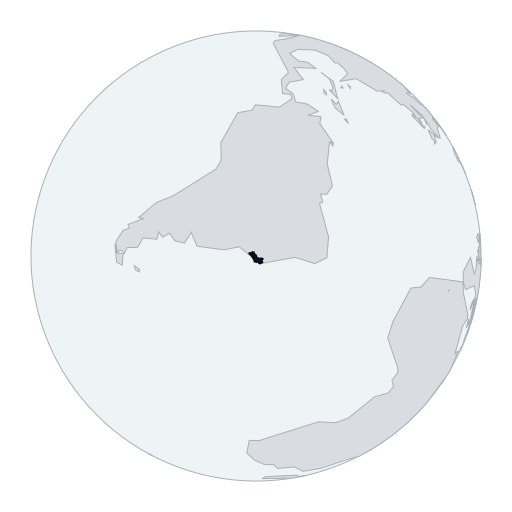 Rio de Janeiro on an orthographic globe, rotated 65°
{"feature_id": "BRA-627", "entity_name": "Rio de Janeiro", "entity_type": "State", "adm_level": 1, "iso_a3": "BRA", "parent_name": "Brazil", "parent_adm1": "", "projection": "orthographic", "projection_center": [-43.333, -22.065], "detail": "fine", "context": "on_globe", "style": "filled", "palette": "ink", "viewbox_px": 512, "rotation_deg": 65, "n_neighbors": 0, "source": "natural_earth", "source_scale": "10m", "svg_char_len": 7460}
<svg xmlns="http://www.w3.org/2000/svg" viewBox="0 0 512 512"><g transform="rotate(65 256 256)"><circle cx="256" cy="256" r="225" fill="#eef3f6" stroke="#a8b0b8"/><path d="M164.3,50.2L163.7,50.5L175.1,47.1L171.6,49.2L171.9,50.7L176.9,48.2L178.5,46.3L188.0,42.8L188.8,41.6L192.7,40.2L196.3,38.8L203.1,37.2L207.8,36.6L205.2,37.9L207.1,37.9L215.6,35.5L216.5,37.7L227.0,39.2L226.4,40.4L214.6,43.7L199.5,45.7L184.2,52.5L201.6,46.5L199.8,50.6L202.6,50.9L207.1,50.1L210.6,48.2L211.6,49.6L194.7,55.3L193.6,54.1L199.0,52.1L191.9,53.4L180.5,58.5L180.5,60.7L163.4,67.9L163.2,69.9L159.3,73.0L160.8,69.2L157.8,76.5L137.7,90.2L133.2,106.0L129.5,95.9L123.3,97.0L115.3,100.5L114.3,103.0L105.0,105.8L94.1,115.9L86.4,130.9L86.7,139.9L97.4,135.0L102.3,127.2L111.2,122.4L101.2,141.9L116.1,138.5L112.5,152.6L116.4,158.3L124.7,153.8L133.1,154.9L140.2,145.1L151.3,138.4L150.3,149.5L157.4,138.0L162.9,142.3L185.6,138.3L183.6,141.1L202.5,152.5L224.8,157.1L230.0,165.7L227.1,171.3L235.2,172.6L235.4,176.3L269.2,182.1L287.6,192.5L287.8,205.9L273.8,221.0L264.7,255.6L240.6,267.3L236.9,282.3L222.2,305.3L207.3,304.7L214.1,315.5L207.9,323.1L198.9,324.6L199.5,332.8L193.0,333.9L198.9,338.7L191.9,350.9L198.1,359.4L193.9,369.4L198.2,374.4L195.3,374.7L193.2,377.2L194.3,380.3L183.7,377.0L176.6,365.5L177.3,358.9L173.3,358.7L174.4,342.3L171.5,346.1L165.5,323.8L166.4,304.9L160.3,255.5L154.6,247.1L138.3,239.9L118.4,211.9L122.3,197.7L118.6,192.8L131.0,171.8L128.6,157.1L124.5,156.1L119.8,163.2L106.6,158.4L103.3,148.9L70.4,150.5L68.7,147.6L71.4,139.4L74.5,123.1L66.7,142.3L65.2,140.9L66.6,135.4L69.1,131.8L74.5,122.6L74.6,122.4L84.9,109.4L96.2,97.2L108.4,85.8L121.3,75.4L135.0,66.0L149.3,57.6L164.3,50.2ZM130.5,112.1L147.7,115.5L136.2,119.4L138.7,117.2L134.7,115.0L126.7,114.5L117.1,119.5L130.5,112.1ZM141.9,100.2L138.8,100.5L142.1,99.5L141.9,100.2ZM192.3,39.9L194.3,39.4L192.6,39.9L192.3,39.9ZM189.2,40.9L188.7,41.0L189.2,40.9ZM202.6,384.9L185.2,378.7L194.4,381.1L197.6,375.5L207.8,381.0L202.6,384.9ZM213.3,370.4L218.9,367.2L221.1,368.5L217.8,371.1L213.3,370.4ZM428.2,110.7L426.8,109.2L418.9,100.4L419.0,100.5L428.2,110.7ZM415.9,97.3L413.0,94.8L420.6,102.7L421.4,104.2L408.8,91.5L405.7,88.3L387.1,73.9L390.0,76.7L407.7,90.8L404.8,88.6L408.9,93.6L403.4,88.1L383.3,72.9L375.2,70.8L375.0,80.2L368.2,79.4L357.9,74.9L348.0,62.2L364.3,65.7L361.0,62.2L349.1,55.6L355.1,57.5L352.2,55.6L357.5,57.2L356.6,55.1L360.7,56.8L353.1,52.7L357.0,54.6L358.0,55.1L363.5,58.0L365.3,59.0L378.9,67.2L391.9,76.4L404.3,86.4L415.9,97.3ZM449.9,141.3L450.6,142.6L445.4,134.0L461.8,164.4L466.8,176.6L471.1,189.0L476.1,207.9L479.4,227.2L481.1,246.7L478.6,262.1L476.0,286.0L471.0,304.6L463.4,310.3L457.7,326.3L452.8,328.1L448.3,336.7L440.8,343.3L430.6,347.6L420.2,340.0L424.6,331.3L427.1,311.8L432.7,269.4L440.7,254.4L441.9,241.0L433.8,208.1L436.0,194.1L432.5,186.5L426.1,185.4L421.5,176.5L417.2,174.8L386.0,171.3L373.3,159.5L350.5,129.2L353.8,119.6L348.8,107.8L367.0,79.4L377.2,83.7L398.7,88.7L402.5,91.3L406.8,98.2L428.5,116.9L427.4,112.6L440.2,126.7L443.4,130.9L449.9,141.3ZM368.2,94.3L369.5,97.4L368.2,94.3ZM186.3,138.1L188.9,139.9L185.2,140.5L186.3,138.1ZM133.8,124.1L137.8,123.2L139.7,124.2L136.4,125.6L133.8,124.1ZM169.9,116.2L175.0,116.3L169.3,118.0L169.9,116.2ZM150.6,115.9L165.8,116.7L155.0,121.7L145.5,121.5L152.5,119.0L150.6,115.9ZM138.3,106.2L140.6,106.2L139.3,108.1L138.3,106.2ZM144.3,99.6L143.3,100.0L142.5,98.9L144.3,99.6ZM200.8,50.3L202.2,49.9L206.3,49.5L203.6,50.5L200.8,50.3ZM228.9,44.5L229.9,46.9L227.3,45.6L223.8,47.0L214.2,46.6L225.6,41.0L222.2,43.4L228.9,44.5ZM204.4,45.3L209.3,45.6L203.5,45.5L204.4,45.3ZM331.3,45.4L335.8,47.1L337.9,48.6L332.6,48.2L329.6,45.8L331.3,45.4ZM341.8,49.2L329.1,43.6L331.9,44.1L332.5,44.7L335.6,45.6L337.4,46.8L352.5,53.6L355.2,55.5L344.0,52.7L346.1,52.3L341.5,50.5L341.8,49.2ZM302.7,35.6L298.0,34.8L290.7,33.6L291.8,33.7L286.3,32.8L292.8,33.7L302.7,35.6ZM227.9,32.5L222.5,33.3L218.8,33.8L227.9,32.5ZM218.2,33.9L219.3,34.0L213.2,35.0L214.9,35.1L205.9,36.4L218.2,33.9ZM270.8,31.2L261.7,31.0L256.9,31.7L255.9,32.8L246.6,32.6L241.6,31.8L239.9,31.3L240.8,31.2L270.8,31.2ZM402.8,89.8L404.9,91.1L407.5,92.4L410.1,95.9L402.8,89.8ZM389.1,79.4L390.5,79.7L395.5,84.6L393.2,83.5L389.1,79.4ZM387.1,76.1L390.2,79.4L387.2,76.9L387.1,76.1ZM424.4,107.3L428.8,112.0L425.1,108.3L424.4,107.3ZM393.8,433.9L389.5,437.2L390.8,435.9L393.8,433.9ZM472.9,316.3L460.3,344.6L460.0,340.7L464.4,329.7L472.2,311.2L474.0,310.1L476.1,303.2L472.9,316.3Z" fill="#d9dde1" stroke="#a8b0b8" stroke-width="1"/><path d="M264.7,253.0L264.7,253.3L264.5,253.6L264.4,253.7L264.3,253.9L264.3,254.1L264.5,254.3L264.4,254.7L264.5,255.1L264.6,255.6L264.6,255.8L264.0,256.2L263.6,256.4L262.8,256.6L262.5,256.7L262.1,256.9L261.8,257.1L261.7,257.2L261.6,257.3L261.4,257.4L261.4,257.5L261.2,257.7L261.2,257.8L260.9,258.0L260.8,258.4L260.9,258.5L261.1,258.8L261.2,258.7L261.3,258.7L261.2,258.8L261.0,259.0L260.9,259.0L260.7,259.3L260.7,259.5L260.8,259.4L260.8,259.5L260.7,259.6L260.2,259.5L259.5,259.4L258.9,259.4L258.6,259.4L258.4,259.5L258.0,259.6L257.7,259.6L257.1,259.6L256.9,259.5L256.7,259.4L256.8,259.4L256.7,259.3L256.7,259.2L256.8,259.1L256.9,258.9L257.1,258.8L257.0,258.7L257.1,258.4L256.9,258.4L256.8,258.5L256.7,258.5L256.4,258.6L256.2,258.7L256.2,258.8L256.3,259.1L256.5,259.1L256.4,259.1L256.6,259.3L256.7,259.5L256.4,259.7L255.6,259.7L255.4,259.8L255.2,259.9L254.1,260.0L253.8,260.0L253.7,260.0L253.6,259.9L253.8,259.8L254.0,259.8L254.5,259.9L254.8,259.8L255.0,259.7L254.9,259.7L254.7,259.6L254.5,259.4L254.3,259.4L254.2,259.3L253.9,259.3L253.7,259.4L253.5,259.6L253.4,259.6L253.4,259.4L253.3,259.6L253.2,259.8L252.9,259.9L252.7,259.9L252.7,259.7L252.4,259.7L252.5,259.6L252.4,259.5L252.4,259.4L252.2,259.5L252.1,259.4L252.1,259.5L251.9,259.7L251.8,259.8L251.7,259.8L251.4,259.9L251.2,259.9L251.1,260.1L251.0,260.4L251.0,260.5L251.3,260.4L251.3,260.5L251.2,260.6L251.3,260.6L251.2,260.7L251.2,260.8L251.4,260.7L251.5,260.6L251.7,260.8L251.8,260.9L251.7,260.8L251.6,261.0L251.4,261.1L251.2,261.0L250.8,261.0L250.8,260.9L250.7,260.9L250.5,260.6L250.5,260.4L250.7,260.2L250.7,259.8L250.7,259.7L250.8,259.6L251.0,259.4L251.4,259.3L251.5,259.2L251.9,259.1L252.0,259.2L252.5,259.0L252.6,258.9L252.7,258.7L252.8,258.6L253.0,258.5L253.0,258.4L252.9,258.2L252.7,258.1L252.3,258.1L252.2,258.1L251.8,258.2L251.7,258.2L251.4,258.2L251.2,258.0L251.2,257.9L251.0,257.7L250.9,257.5L250.7,257.4L250.8,257.2L251.0,257.2L251.3,257.1L251.5,257.0L252.0,256.8L252.0,256.7L252.1,256.8L252.5,256.7L252.6,256.8L253.1,256.6L253.2,256.4L253.3,256.4L253.8,256.2L254.0,256.2L254.4,256.0L254.5,256.0L254.8,256.0L255.0,256.0L255.1,255.9L255.1,256.0L255.4,256.0L255.5,256.0L255.9,255.8L256.0,255.8L256.3,255.8L256.6,255.8L256.7,256.0L256.8,256.1L257.0,256.0L257.1,255.8L257.4,255.8L257.5,255.7L258.1,255.4L258.4,255.2L258.8,255.1L259.2,254.9L259.4,254.8L259.5,254.7L259.8,254.7L259.9,254.4L259.7,254.4L259.5,254.2L259.8,253.7L259.8,253.4L260.1,253.2L260.1,252.9L260.2,252.6L260.2,252.4L260.4,252.2L260.5,251.9L260.4,251.8L260.4,251.7L260.5,251.6L260.8,251.5L261.0,251.5L261.2,251.2L261.3,251.0L261.6,251.0L261.8,251.1L261.9,251.3L261.9,251.6L261.9,251.8L261.9,252.0L261.9,252.3L262.0,252.3L262.3,252.4L262.5,252.5L262.9,252.6L263.0,252.7L263.4,252.7L263.5,252.7L263.6,252.8L263.9,252.8L264.2,252.7L264.3,252.7L264.4,252.8L264.6,252.8L264.7,253.0ZM253.2,260.2L253.3,260.3L253.2,260.4L252.9,260.4L252.7,260.4L252.4,260.6L252.4,260.4L252.5,260.1L252.8,260.0L253.0,260.1L253.2,260.2Z" fill="#0f172a" stroke="#020617" stroke-width="1.5"/></g></svg>